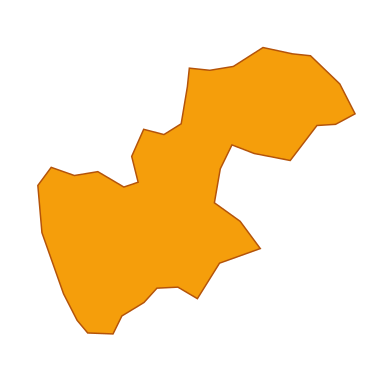 outline of Kosovska Mitrovica, rotated 186°
{"feature_id": "KOS-5894", "entity_name": "Kosovska Mitrovica", "entity_type": "District", "adm_level": 1, "iso_a3": "XKX", "parent_name": "Kosovo", "parent_adm1": "", "projection": "mercator", "projection_center": [20.905, 42.931], "detail": "fine", "context": "isolated", "style": "filled", "palette": "amber", "viewbox_px": 384, "rotation_deg": 186, "n_neighbors": 0, "source": "natural_earth", "source_scale": "10m", "svg_char_len": 635}
<svg xmlns="http://www.w3.org/2000/svg" viewBox="0 0 384 384"><g transform="rotate(186 192 192)"><path d="M281.0,40.9L292.8,52.3L309.1,77.3L337.0,135.9L346.0,182.4L334.6,201.8L310.7,196.1L287.8,202.4L260.3,189.8L246.6,196.1L255.7,221.1L246.6,249.3L225.9,246.2L209.9,258.7L207.6,296.2L207.6,314.9L187.0,314.9L164.0,321.2L136.5,343.1L106.7,339.9L88.4,339.9L56.3,314.9L38.0,286.8L56.3,274.3L74.7,271.2L97.6,233.6L134.2,236.8L157.2,243.0L166.3,218.0L168.6,183.6L141.1,167.9L118.2,142.9L157.2,124.1L175.5,86.5L196.1,95.9L216.8,92.7L228.2,77.1L248.8,61.4L255.7,42.6L281.0,40.9Z" fill="#f59e0b" stroke="#b45309" stroke-width="1.5"/></g></svg>